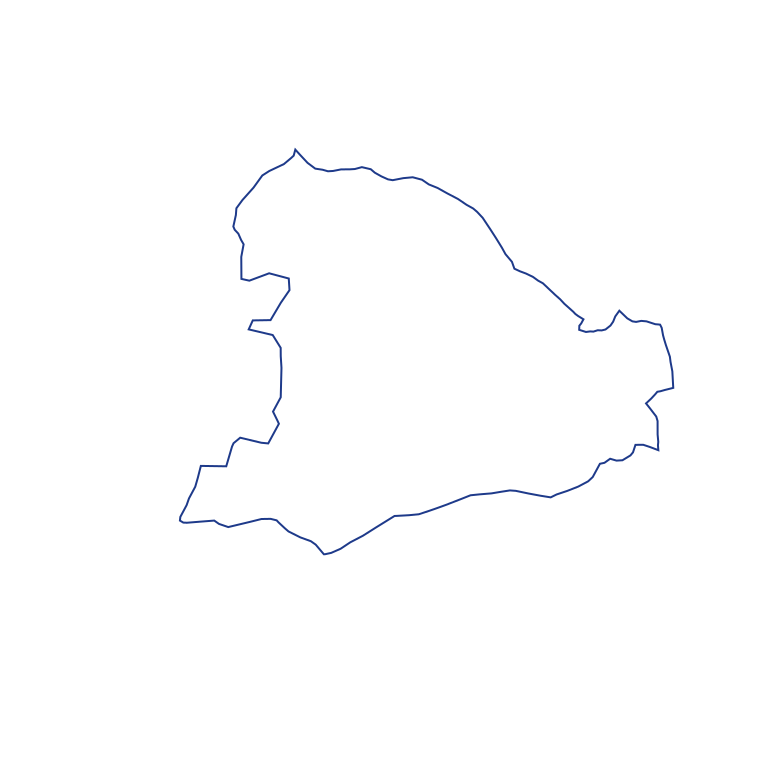 Kalar, As-Sulaymaniyah, Iraq, rotated 47°
{"feature_id": "34846034B60628866791403", "entity_name": "Kalar", "entity_type": "district", "adm_level": 2, "iso_a3": "IRQ", "parent_name": "Iraq", "parent_adm1": "As-Sulaymaniyah", "projection": "robinson", "projection_center": [45.352, 34.84], "detail": "fine", "context": "isolated", "style": "outline", "palette": "blue", "viewbox_px": 768, "rotation_deg": 47, "n_neighbors": 0, "source": "geoboundaries", "source_scale": "gbopen_adm2", "svg_char_len": 2637}
<svg xmlns="http://www.w3.org/2000/svg" viewBox="0 0 768 768"><g transform="rotate(47 384 384)"><path d="M528.9,141.6L527.7,142.6L525.3,144.8L517.2,149.3L513.3,152.8L510.5,157.3L507.6,159.6L501.9,161.3L490.9,161.9L492.3,168.8L494.7,173.9L495.7,178.5L495.2,184.8L493.3,188.2L490.4,191.1L488.5,195.1L486.1,197.4L483.7,200.8L477.5,204.3L474.6,201.4L474.2,198.5L472.7,194.0L466.5,195.7L463.2,196.3L460.3,196.3L448.4,197.4L442.1,197.4L435.9,198.0L428.3,198.5L418.7,199.1L413.5,200.8L407.3,202.0L400.1,204.8L394.3,207.7L388.6,210.0L381.9,207.1L371.9,206.6L364.7,204.8L353.7,202.6L343.7,200.8L329.8,198.5L321.7,198.5L316.4,199.1L309.3,201.4L299.2,203.7L287.8,207.7L284.4,208.8L277.2,211.1L268.6,215.1L260.5,216.9L252.4,222.0L246.6,229.5L240.9,238.6L237.1,241.5L230.4,244.3L223.2,246.6L217.9,247.2L210.3,252.3L206.9,258.7L203.6,262.7L197.8,269.0L193.5,275.9L190.2,279.9L185.4,282.8L179.6,287.4L170.1,289.1L165.8,289.1L158.6,289.1L152.1,289.0L155.4,294.3L155.4,297.8L154.9,307.2L150.0,322.6L148.5,330.8L151.4,345.5L152.9,362.0L154.8,372.1L159.4,377.1L166.1,386.8L169.4,388.0L174.7,388.0L181.3,390.3L186.1,391.4L193.7,401.7L209.9,416.6L216.6,412.0L224.7,392.5L241.9,381.7L250.9,389.1L254.2,404.0L259.9,423.4L248.0,436.6L251.8,445.7L272.3,432.0L287.1,434.9L293.3,440.6L302.3,448.0L323.3,468.6L328.5,484.0L338.1,486.9L341.4,488.0L348.5,509.2L343.3,513.8L325.2,525.8L324.7,534.4L326.1,537.8L336.6,555.5L319.0,573.8L325.6,584.1L330.4,592.1L334.7,604.7L338.0,611.0L338.1,611.3L342.3,623.6L344.7,626.4L348.5,625.3L350.7,623.1L350.9,623.0L351.5,622.2L359.5,612.1L367.4,602.2L368.1,601.3L373.8,600.1L382.0,595.7L382.4,595.5L382.8,594.8L393.4,576.1L399.0,566.0L399.1,565.8L399.7,565.1L405.3,558.9L410.5,555.5L413.4,555.5L422.0,554.9L426.7,554.4L439.1,549.8L449.1,544.7L454.9,543.5L467.5,544.1L468.3,543.2L471.5,537.8L474.9,528.1L476.8,516.6L480.6,502.9L483.5,487.5L487.7,466.3L488.5,465.4L497.0,455.2L497.7,454.3L503.0,447.4L507.7,437.2L509.2,433.8L509.7,432.7L512.0,427.4L515.4,419.4L515.8,418.3L520.6,406.3L524.4,396.6L530.1,389.1L537.3,380.0L543.0,371.4L547.7,364.5L552.0,360.5L562.5,353.1L572.5,345.7L580.6,339.4L582.5,333.1L587.2,322.8L591.5,311.9L594.4,301.1L594.4,294.8L589.6,280.5L592.0,276.5L592.9,269.6L598.6,266.2L602.4,261.6L604.3,252.5L603.8,248.5L600.0,241.6L605.2,235.9L611.4,232.5L619.5,228.5L615.6,225.4L613.4,222.9L607.5,218.3L597.7,209.2L593.5,207.1L588.4,206.6L583.3,206.1L576.9,205.6L576.9,198.5L576.5,192.9L576.1,189.4L577.8,186.8L579.9,182.7L583.5,176.2L584.1,175.1L583.5,174.6L571.4,164.5L563.3,159.4L559.0,156.3L547.6,151.2L542.5,148.7L538.7,146.7L532.3,142.6L528.9,141.6Z" fill="none" stroke="#1e3a8a" stroke-width="2"/></g></svg>